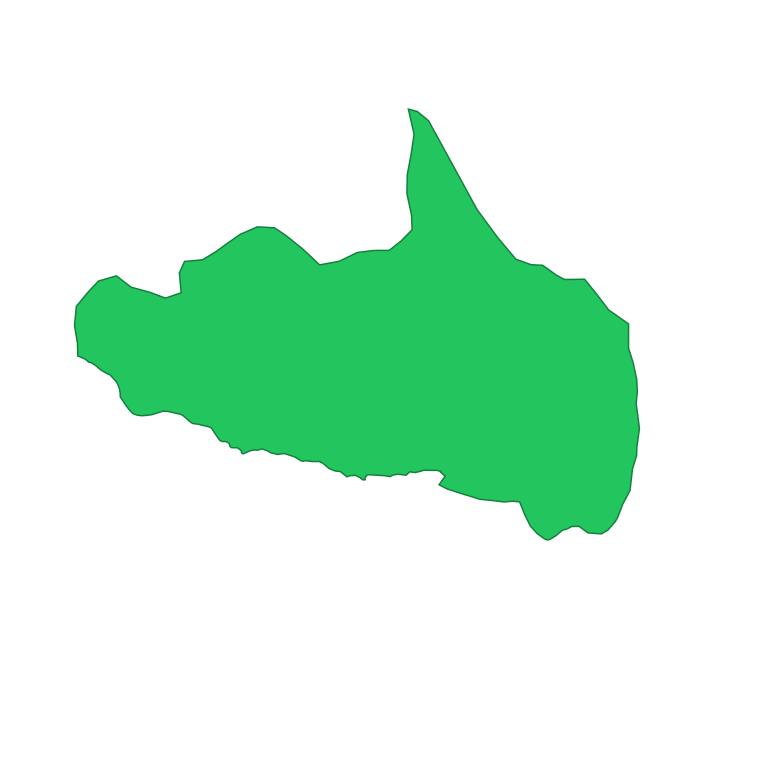 Mayo-Boneye, Mayo-Kebbi Est, Chad, rotated 325°
{"feature_id": "50815135B64807508580818", "entity_name": "Mayo-Boneye", "entity_type": "district", "adm_level": 2, "iso_a3": "TCD", "parent_name": "Chad", "parent_adm1": "Mayo-Kebbi Est", "projection": "albers", "projection_center": [15.551, 10.251], "detail": "fine", "context": "isolated", "style": "filled", "palette": "green", "viewbox_px": 768, "rotation_deg": 325, "n_neighbors": 0, "source": "geoboundaries", "source_scale": "gbopen_adm2", "svg_char_len": 3387}
<svg xmlns="http://www.w3.org/2000/svg" viewBox="0 0 768 768"><g transform="rotate(325 384 384)"><path d="M561.6,172.8L551.9,196.7L537.1,212.3L523.1,225.9L511.9,241.3L503.6,261.1L495.6,273.7L479.9,276.7L464.9,277.5L452.0,268.6L437.4,260.9L417.7,257.8L399.6,249.5L394.9,227.0L389.1,206.8L383.8,193.1L370.3,182.6L351.9,178.9L336.2,178.9L321.7,179.2L306.4,178.1L290.9,169.2L280.1,175.6L270.2,192.9L254.2,188.3L244.8,174.6L232.4,159.7L226.8,141.9L209.1,135.9L195.1,138.8L176.6,143.9L164.1,158.5L156.3,174.7L149.2,185.5L149.5,185.7L151.0,188.1L153.6,192.5L153.7,192.9L154.8,196.9L156.4,198.5L157.6,201.5L158.7,204.6L159.4,207.4L160.2,210.3L161.5,213.1L162.8,216.0L163.3,216.9L164.8,219.2L166.1,229.2L165.3,233.2L164.9,235.3L164.0,237.3L163.6,238.1L162.5,240.5L161.7,241.6L160.6,243.2L160.5,246.6L160.4,249.4L160.4,250.1L160.3,252.7L160.5,258.8L160.7,259.7L161.3,264.2L162.3,265.6L162.9,266.5L163.7,267.7L166.8,270.6L168.9,272.0L169.7,272.4L171.4,273.5L176.3,276.0L184.4,278.6L186.4,279.1L186.9,279.2L191.5,282.7L192.7,284.1L200.2,292.4L201.4,295.0L202.0,297.6L202.3,298.6L203.1,302.2L204.4,306.3L205.2,307.1L208.1,309.8L209.0,310.6L210.9,313.0L213.8,316.2L216.5,319.2L217.4,321.3L217.3,323.3L217.1,328.8L217.2,336.3L218.7,338.5L221.3,340.3L221.5,340.5L222.1,341.6L223.1,343.8L222.2,346.3L222.0,347.0L222.6,348.7L224.2,349.9L227.3,352.2L228.3,354.8L228.4,355.1L229.0,356.5L228.5,357.3L227.8,358.7L227.9,359.0L228.4,360.4L228.7,360.4L235.6,361.9L236.4,362.0L240.1,363.8L241.4,364.8L242.6,365.8L243.1,365.9L245.9,366.9L247.0,367.3L248.6,369.7L248.9,370.1L250.2,372.0L250.8,373.3L251.7,375.2L251.7,375.3L253.7,377.5L256.3,380.6L262.5,383.8L269.1,392.6L271.5,398.2L271.9,399.2L272.1,399.4L273.6,401.1L274.6,401.3L274.8,401.4L275.4,401.5L278.7,404.5L279.3,405.0L279.5,405.3L280.8,406.4L284.4,408.9L286.3,410.1L287.4,412.0L288.4,413.7L290.6,421.8L293.8,426.9L295.2,428.2L295.9,428.8L298.0,430.7L298.6,432.6L299.8,436.7L300.4,438.8L302.4,439.3L303.2,439.5L303.4,439.5L307.0,441.7L308.3,442.5L309.6,445.0L310.5,446.6L311.1,448.5L311.5,449.7L311.8,450.6L313.7,451.6L314.9,449.7L316.0,449.4L316.5,449.3L318.2,448.9L319.3,449.6L320.2,450.1L323.3,452.6L325.9,454.7L328.2,456.5L328.8,457.0L329.6,457.6L332.3,459.8L333.3,460.8L335.3,462.8L335.7,463.3L339.2,463.8L343.4,465.7L344.7,466.8L347.9,469.6L349.9,471.4L354.8,470.7L355.4,471.3L358.5,474.2L359.0,474.6L365.0,476.8L365.8,477.1L367.2,477.5L371.0,480.3L374.2,482.6L377.9,485.2L378.8,486.3L379.5,487.1L379.9,487.6L380.0,487.7L379.7,487.7L379.7,488.3L380.5,491.6L380.5,491.9L380.6,492.2L380.6,492.3L380.7,492.6L380.9,493.7L381.1,494.0L381.4,494.5L378.3,495.6L371.3,498.1L375.6,506.4L386.4,520.5L396.4,533.4L405.5,541.2L414.9,549.7L422.2,553.8L427.5,558.4L424.4,571.5L422.4,584.2L423.7,594.4L426.6,602.9L428.3,605.4L430.2,606.3L432.6,606.6L438.1,606.9L446.1,606.1L451.3,607.8L456.0,608.4L462.1,612.4L465.7,623.0L467.3,624.3L476.1,631.5L479.9,631.8L483.6,632.1L494.7,629.3L498.8,627.4L503.4,624.3L510.3,619.6L524.5,612.3L538.8,596.1L549.9,587.5L550.8,586.3L554.8,580.9L567.7,567.0L574.1,554.8L576.7,549.7L579.3,544.7L587.1,535.6L593.7,525.1L600.3,509.4L604.9,494.9L611.6,485.3L618.8,475.1L610.5,452.2L610.2,444.0L609.7,432.3L608.4,413.2L597.6,405.9L593.5,403.1L592.0,402.0L591.3,401.0L587.5,393.4L582.1,377.8L573.0,370.7L563.6,357.5L561.1,329.2L560.3,294.6L571.5,193.9L567.6,179.9L561.6,172.8Z" fill="#22c55e" stroke="#15803d" stroke-width="1.5"/></g></svg>